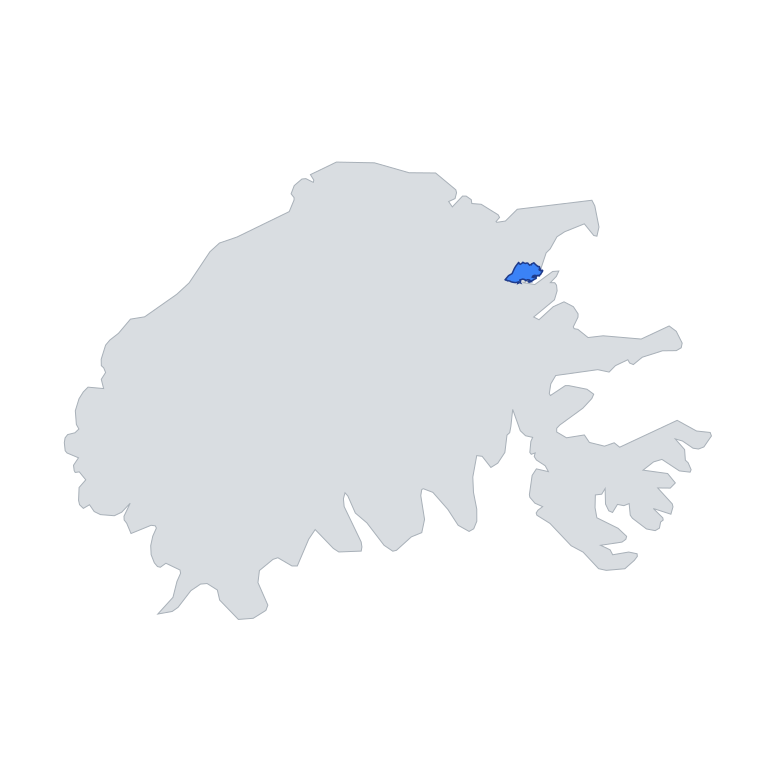 location of Kjósarhreppur, Höfuðborgarsvæði, Iceland, rotated 176°
{"feature_id": "244011B42175048354153", "entity_name": "Kjósarhreppur", "entity_type": "district", "adm_level": 2, "iso_a3": "ISL", "parent_name": "Iceland", "parent_adm1": "Höfuðborgarsvæði", "projection": "orthographic", "projection_center": [-21.584, 64.307], "detail": "fine", "context": "in_parent", "style": "filled", "palette": "blue", "viewbox_px": 768, "rotation_deg": 176, "n_neighbors": 0, "source": "geoboundaries", "source_scale": "gbopen_adm2", "svg_char_len": 7657}
<svg xmlns="http://www.w3.org/2000/svg" viewBox="0 0 768 768"><g transform="rotate(176 384 384)"><path d="M574.4,197.3L581.0,197.2L591.1,191.3L605.0,175.6L611.1,171.9L625.7,170.3L609.4,185.9L604.3,201.5L600.1,209.4L600.5,212.7L614.1,220.4L619.9,216.8L622.7,217.7L625.6,221.7L628.2,230.0L628.0,239.0L625.3,248.3L621.1,256.2L622.1,258.5L626.2,259.3L646.8,252.5L650.4,263.1L652.7,266.5L652.6,270.2L645.5,282.8L654.6,274.4L662.2,271.4L676.0,273.5L682.0,277.0L686.2,284.1L692.6,280.9L696.1,284.8L696.8,289.3L695.4,302.0L688.2,309.2L694.1,317.6L698.2,317.3L699.1,319.2L699.4,324.6L693.9,331.7L705.0,337.3L706.7,339.7L707.0,347.8L705.9,352.5L703.1,355.6L695.7,356.9L691.5,360.4L693.7,365.1L693.8,378.8L689.3,390.5L684.5,397.1L679.5,401.5L664.0,399.0L665.7,408.4L660.9,414.9L662.5,419.7L664.7,422.0L664.4,428.4L659.0,442.2L654.5,446.9L645.3,453.1L632.4,466.4L618.1,467.7L584.4,488.0L571.3,498.5L548.4,528.1L538.3,536.1L520.3,540.9L466.5,562.6L460.9,573.8L460.7,576.2L463.4,580.2L459.7,588.2L451.6,594.2L447.6,594.3L440.5,590.1L439.8,592.3L442.8,598.0L416.0,608.7L378.1,605.3L344.3,593.0L317.8,590.9L298.8,572.7L298.3,569.7L300.2,564.0L306.8,561.5L303.5,555.9L292.5,566.0L288.9,565.7L284.1,561.8L283.8,557.9L274.5,556.5L258.3,544.8L257.1,542.1L260.9,538.2L260.2,537.4L251.5,538.1L238.9,549.0L163.8,552.8L161.3,547.0L158.6,525.6L161.3,516.6L164.4,517.5L173.0,529.8L193.1,523.3L201.2,518.8L208.8,507.2L213.1,503.5L219.2,488.7L225.3,479.6L237.8,475.3L226.6,472.7L207.9,484.5L201.7,484.5L204.6,479.3L211.0,473.5L206.6,473.1L205.0,470.5L204.8,464.9L208.1,456.1L230.0,440.4L224.9,437.3L209.8,449.3L198.7,453.4L189.7,447.9L185.5,440.4L185.8,437.2L191.2,427.8L190.4,425.9L186.8,425.0L177.2,416.1L162.0,416.8L124.3,410.9L95.5,422.0L88.8,416.2L83.7,404.0L85.0,399.4L90.1,396.9L103.9,397.7L124.5,392.7L133.9,386.0L137.5,387.8L139.1,391.2L151.8,386.2L158.6,380.2L169.8,383.4L212.1,380.5L217.6,372.5L219.8,362.9L218.8,360.9L203.3,369.7L199.8,369.5L181.9,364.6L175.5,359.2L177.7,355.0L187.3,346.0L211.4,330.9L214.8,327.8L215.1,324.1L205.7,317.6L187.7,319.2L183.2,311.4L168.4,306.6L158.5,309.3L153.3,304.5L94.1,327.3L75.5,315.3L62.0,312.9L61.0,309.3L69.3,298.9L74.8,297.2L80.2,298.4L90.2,306.3L97.3,308.9L88.7,297.6L88.7,287.0L86.1,284.2L83.6,277.1L84.8,274.7L95.4,276.7L112.0,289.4L120.5,287.5L131.6,280.0L107.3,274.9L100.3,265.0L105.7,260.2L118.2,261.2L104.8,244.3L104.3,241.3L106.9,234.1L124.0,241.0L115.2,231.0L115.0,228.8L117.7,227.0L119.3,221.0L123.7,218.8L132.3,221.1L145.6,232.8L147.5,236.0L147.8,247.6L153.2,245.9L159.5,247.6L165.0,239.9L168.6,241.8L171.4,248.8L170.7,264.3L174.5,258.9L180.9,258.6L182.1,245.9L181.0,235.7L160.5,223.7L152.6,215.1L153.6,212.2L157.6,209.7L179.2,208.0L170.0,202.8L167.8,197.7L151.6,199.3L143.4,197.0L143.3,194.4L146.6,190.6L156.6,182.9L175.3,182.6L182.8,184.8L197.1,202.4L208.6,209.6L228.1,233.3L240.6,242.4L241.2,244.7L239.2,247.4L234.3,250.6L241.8,254.6L246.4,260.8L246.7,263.4L242.6,282.5L237.9,288.7L226.1,285.1L228.9,291.2L237.3,297.6L239.2,301.2L238.0,304.7L242.0,303.6L243.3,305.6L241.5,316.5L239.4,320.4L246.4,322.5L251.3,327.9L257.4,349.7L260.4,332.9L262.0,326.7L264.9,324.4L268.2,307.3L276.0,297.1L283.2,293.3L291.1,305.0L296.5,306.1L301.9,285.0L302.3,269.7L300.2,252.7L301.0,240.6L304.6,233.3L309.4,231.0L319.9,237.9L329.1,254.5L342.8,272.5L352.1,276.8L353.7,276.1L355.1,270.1L353.0,246.1L356.7,233.1L367.4,229.6L383.2,217.2L386.9,216.6L395.2,223.1L410.7,246.6L421.6,257.3L427.9,274.9L430.5,278.2L432.5,272.4L432.3,264.5L417.8,228.0L417.4,223.0L418.4,218.9L440.8,219.6L446.0,223.5L462.8,243.6L469.9,234.5L483.2,208.5L488.5,208.9L502.0,218.1L507.0,216.8L521.3,206.6L523.6,194.7L515.3,171.5L517.6,166.4L530.8,159.4L545.7,159.3L563.0,179.9L564.6,190.1L574.4,197.3Z" fill="#d9dde1" stroke="#a8b0b8" stroke-width="1"/><path d="M241.3,495.8L244.4,492.3L245.9,490.1L248.5,485.2L252.2,483.4L256.3,479.2L256.0,479.3L255.8,479.3L255.4,479.2L254.6,479.1L254.3,479.1L254.2,478.9L254.1,478.7L253.6,478.3L253.0,478.3L252.4,478.2L251.9,478.1L251.3,477.9L250.1,477.1L249.6,476.9L248.3,476.5L246.0,476.0L245.1,476.0L244.4,476.1L243.1,476.4L243.5,475.1L243.3,475.2L243.1,475.2L242.8,475.3L242.6,475.3L242.4,475.5L242.2,475.6L241.9,475.9L241.6,476.1L241.4,476.2L241.2,476.3L241.1,476.5L240.9,476.5L240.7,476.8L240.6,477.2L240.7,477.3L240.8,477.3L241.2,477.8L241.2,478.0L241.2,478.3L240.8,478.5L240.2,478.5L239.9,478.6L239.7,478.6L239.2,478.8L238.7,478.9L238.5,479.0L238.3,478.9L238.2,478.9L237.7,478.8L237.3,478.8L236.9,478.6L236.7,478.5L236.7,478.4L236.3,478.3L236.2,478.2L235.9,478.0L235.9,477.9L235.8,477.7L235.8,477.4L235.6,477.3L235.3,477.7L235.1,477.8L234.9,477.7L234.6,477.6L234.4,477.6L234.2,477.5L233.9,477.8L233.7,478.0L233.3,478.0L232.9,478.0L232.6,477.8L232.4,477.8L231.8,477.7L231.5,477.6L231.4,477.3L231.4,477.1L231.5,477.0L231.5,476.9L231.4,476.8L231.4,476.7L231.5,476.7L231.4,476.7L231.5,476.4L231.7,476.1L231.8,476.0L232.0,476.0L232.0,475.9L231.8,475.8L231.7,475.8L231.3,475.6L231.2,475.6L231.2,475.8L230.8,475.8L230.7,475.8L230.4,475.8L230.2,475.8L230.3,475.9L230.5,475.9L230.7,476.0L230.6,476.3L230.4,476.3L230.1,476.1L229.9,476.3L229.8,476.5L229.7,476.5L229.4,476.6L229.1,476.6L228.9,476.7L228.7,476.7L228.4,476.9L228.2,477.1L228.1,477.3L227.6,477.4L227.6,477.5L227.4,477.7L227.1,477.9L226.9,477.9L226.7,478.0L226.3,478.1L225.9,478.2L225.7,478.4L225.4,478.7L225.2,478.7L224.9,478.7L224.7,479.1L224.9,479.4L225.1,479.4L225.2,479.5L225.3,479.7L225.3,480.0L225.5,480.2L225.8,480.2L226.1,480.2L226.3,480.2L226.5,480.1L226.9,480.2L227.0,480.1L227.3,480.0L227.6,480.0L227.9,480.2L228.0,480.3L228.2,480.5L228.3,480.5L228.5,480.5L228.4,480.7L228.3,480.8L228.2,481.0L228.0,481.3L227.9,481.3L227.8,481.2L227.7,481.1L227.6,481.3L227.4,481.3L227.3,481.6L227.1,481.7L226.8,481.8L226.7,481.8L226.7,481.7L226.3,481.6L226.2,481.7L225.9,481.9L225.7,481.8L225.6,481.7L225.4,481.7L225.2,481.7L224.9,481.7L224.7,481.6L224.5,481.4L224.4,481.3L224.2,481.2L224.1,481.3L223.9,481.4L223.7,481.4L223.4,481.3L223.2,481.4L223.1,481.5L222.8,481.7L222.2,481.5L222.2,481.3L222.1,481.2L221.5,480.6L221.4,480.5L221.5,480.8L221.4,481.0L221.3,481.6L221.2,481.7L221.1,481.8L220.9,481.9L220.7,482.0L220.4,482.4L220.1,482.5L219.8,482.9L219.7,483.2L219.6,483.3L219.1,484.0L218.9,484.2L218.7,484.4L218.7,484.5L218.8,484.6L218.7,484.8L218.4,485.0L218.2,485.1L218.1,485.3L218.0,485.5L217.9,485.7L217.9,485.8L217.8,486.0L218.0,486.4L218.3,486.5L218.4,486.4L218.5,486.2L218.8,486.3L219.1,486.3L219.4,486.5L219.4,486.4L219.6,486.3L219.7,486.5L219.8,486.6L220.0,486.6L220.0,486.8L220.2,486.7L220.3,486.8L220.3,486.7L220.4,486.8L220.5,486.8L220.7,486.7L220.8,486.7L220.7,486.7L220.9,486.7L221.0,486.7L221.1,486.8L221.2,487.1L221.2,487.4L221.2,487.6L220.9,488.0L220.6,488.3L220.5,488.5L220.3,488.6L220.8,488.9L220.8,489.0L220.9,489.4L220.9,489.5L220.7,489.9L220.8,490.2L221.2,490.4L221.5,490.5L222.3,490.5L222.5,490.6L222.8,490.8L222.9,491.0L223.0,491.3L223.9,492.0L224.5,492.7L225.2,493.4L225.4,493.7L226.0,494.4L226.3,494.4L227.5,493.8L228.0,493.7L228.5,493.5L228.6,493.4L228.7,493.1L228.7,492.8L228.8,492.6L229.4,492.7L229.6,492.7L230.1,492.6L230.5,492.4L230.6,492.5L230.9,492.9L231.8,494.0L232.0,494.4L232.1,494.5L232.3,494.5L232.8,494.7L233.2,494.7L234.6,494.4L235.5,494.8L236.5,495.3L236.9,495.7L237.2,495.4L237.3,495.2L237.8,495.0L239.7,493.9L240.9,494.7L240.9,494.9L241.0,494.9L241.0,495.0L241.1,495.3L241.0,495.6L241.3,495.8ZM232.8,475.8L232.6,475.7L232.4,475.6L232.4,475.8L232.5,475.8L232.5,476.0L232.8,476.2L233.0,476.1L233.0,475.9L232.8,475.8ZM240.7,475.3L240.8,475.5L240.9,475.4L240.7,475.3ZM227.4,480.3L227.5,480.2L227.4,480.2L227.3,480.3L227.4,480.3ZM224.1,481.0L224.1,480.9L224.0,481.0L224.1,481.0Z" fill="#3b82f6" stroke="#1e3a8a" stroke-width="1.5"/></g></svg>